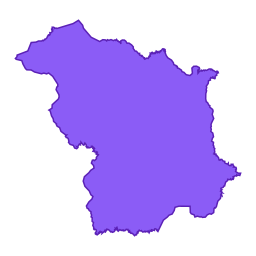 outline of Wanon Niwat, Sakon Nakhon, Thailand
{"feature_id": "78962969B40575496973623", "entity_name": "Wanon Niwat", "entity_type": "district", "adm_level": 2, "iso_a3": "THA", "parent_name": "Thailand", "parent_adm1": "Sakon Nakhon", "projection": "mercator", "projection_center": [103.753, 17.629], "detail": "fine", "context": "isolated", "style": "filled", "palette": "violet", "viewbox_px": 256, "rotation_deg": 0, "n_neighbors": 0, "source": "geoboundaries", "source_scale": "gbopen_adm2", "svg_char_len": 5761}
<svg xmlns="http://www.w3.org/2000/svg" viewBox="0 0 256 256"><path d="M216.9,71.2L215.9,72.0L213.2,70.3L212.8,70.5L212.1,69.5L211.0,69.8L211.0,69.0L209.1,69.0L206.6,70.4L205.1,70.0L204.6,70.7L203.6,70.1L202.1,71.0L201.6,70.3L201.1,70.9L199.2,70.9L199.3,71.5L198.0,73.2L197.8,70.3L198.3,69.5L199.7,69.1L199.2,67.5L196.6,66.2L193.7,66.3L191.9,68.1L192.4,73.0L192.0,73.8L190.0,75.5L186.2,74.7L183.9,72.3L182.0,71.7L181.4,70.1L178.6,68.2L177.5,68.1L177.3,66.4L176.4,66.5L176.2,65.6L173.8,64.6L173.4,62.8L171.5,60.1L167.8,57.8L166.2,55.5L164.9,52.0L165.4,51.7L165.1,50.4L164.4,50.6L164.8,49.8L164.1,49.9L164.4,49.2L163.8,48.8L163.4,49.1L164.0,49.6L162.5,48.9L160.6,51.5L160.2,50.9L159.8,51.3L159.1,52.6L158.5,52.0L157.7,52.5L157.8,51.7L157.1,52.0L157.3,51.6L156.2,51.0L155.4,53.2L154.8,52.7L154.3,53.5L153.4,53.0L153.0,53.6L152.3,52.3L151.7,52.5L151.9,53.1L150.2,53.2L150.8,54.2L150.0,54.7L150.3,56.2L149.9,56.4L149.5,55.9L148.9,56.4L149.0,57.2L148.1,58.5L147.0,58.0L144.8,59.2L144.1,58.5L144.4,57.7L143.6,57.6L142.4,56.1L141.6,56.3L141.8,55.5L139.7,55.1L139.6,53.4L138.6,53.7L136.4,51.2L135.2,51.2L133.2,48.4L133.3,46.9L131.6,44.9L129.0,43.1L127.0,43.2L125.8,41.2L124.4,40.1L122.3,40.0L120.8,40.9L120.8,44.0L120.2,41.6L119.2,42.1L118.4,41.0L117.6,41.1L116.6,39.4L115.7,40.4L115.0,39.9L113.4,40.6L111.0,39.6L108.9,40.3L107.4,39.7L106.7,40.9L105.3,39.9L102.8,39.7L99.7,41.5L91.2,37.3L83.5,28.3L82.6,25.2L78.5,20.3L73.1,23.6L56.9,28.5L56.4,28.1L54.7,28.4L54.8,27.9L53.6,27.2L52.2,27.2L52.3,28.7L51.6,29.0L51.7,29.9L52.6,29.7L52.7,31.1L50.8,32.9L49.9,32.7L50.1,34.6L48.7,34.8L49.0,35.4L47.7,35.9L46.9,37.9L45.0,39.6L44.7,39.3L43.4,40.7L42.5,40.3L41.8,41.0L38.5,41.0L36.1,42.1L31.2,42.5L27.8,51.0L17.1,55.1L17.0,56.7L15.4,58.5L16.2,59.3L21.8,60.6L23.0,64.1L25.4,68.5L26.7,69.8L31.2,70.0L34.5,72.0L41.5,73.8L43.9,73.1L46.6,73.9L48.6,73.0L52.7,76.3L57.8,84.3L57.7,86.5L56.8,87.0L56.1,89.7L58.9,94.7L59.1,97.0L58.3,99.1L52.2,104.7L52.0,108.2L48.9,110.1L50.2,111.0L51.5,115.8L53.2,118.7L53.6,121.4L56.5,123.9L56.2,124.3L57.1,126.2L59.6,127.6L61.0,131.4L65.8,135.0L66.6,135.0L65.4,136.2L66.3,137.6L67.3,137.7L68.2,138.6L68.9,141.4L68.5,142.3L70.1,144.4L73.4,145.4L74.6,148.0L76.7,148.7L77.9,147.5L77.0,146.6L77.8,146.7L79.2,144.3L80.1,144.7L79.8,143.9L81.0,143.6L81.0,142.2L83.4,145.1L84.1,145.0L84.9,143.1L86.1,144.6L86.4,146.4L87.3,146.4L86.7,146.7L87.4,146.9L86.8,147.3L87.0,147.8L89.7,147.8L91.8,147.0L91.6,146.3L92.4,146.3L93.1,147.2L92.9,148.0L93.8,147.6L94.5,148.5L93.5,149.2L93.9,149.8L93.1,151.2L94.5,151.0L94.4,151.8L96.5,152.4L96.8,151.8L97.3,152.2L96.4,153.2L97.7,154.2L96.6,154.3L98.0,155.2L96.3,157.4L96.5,158.7L94.5,160.6L93.5,160.0L92.4,160.2L91.4,163.1L93.6,165.6L94.0,168.1L90.6,170.4L88.9,172.7L84.4,176.7L83.2,181.1L84.9,186.3L89.3,191.0L90.9,194.8L92.9,196.4L91.9,199.1L88.9,201.9L86.4,206.0L87.2,208.4L88.3,208.7L89.2,210.5L91.0,211.8L90.9,213.3L91.6,215.0L91.1,216.9L92.2,217.6L92.1,221.3L93.5,222.6L92.8,225.4L93.7,227.3L93.7,229.0L94.2,229.6L94.6,229.1L96.0,229.7L96.5,231.2L95.3,232.9L95.4,233.9L96.1,234.4L96.6,233.9L97.2,234.8L99.5,233.1L98.7,232.7L100.0,231.4L100.6,232.4L101.7,231.8L102.3,232.6L102.1,233.3L104.2,231.5L105.3,232.1L106.1,230.9L105.6,230.3L105.1,230.8L104.9,230.3L106.8,229.9L106.7,228.5L107.2,229.8L108.5,229.6L110.9,232.0L111.6,231.6L112.4,232.3L113.9,231.8L115.0,230.5L114.7,229.7L115.7,229.5L115.5,228.8L116.1,229.3L115.9,228.2L116.9,227.3L117.8,229.9L117.2,230.1L118.2,231.2L119.9,229.6L121.2,230.5L122.2,230.0L123.0,230.7L123.7,230.1L124.0,230.8L125.1,230.6L126.2,229.3L126.8,229.7L127.8,229.4L128.0,230.3L128.6,230.3L128.6,231.4L129.4,231.0L129.2,232.3L130.0,232.5L129.7,232.9L130.6,232.3L130.9,233.3L132.4,233.4L134.6,235.7L135.9,234.5L136.5,234.8L137.3,232.3L137.7,233.1L138.1,232.9L138.0,232.1L139.2,230.2L140.1,231.0L141.9,230.4L141.4,230.9L142.9,232.1L144.9,231.2L145.2,232.0L146.8,231.4L147.3,231.8L148.1,231.0L149.1,232.8L150.2,230.4L151.2,231.2L152.0,231.1L151.8,229.8L154.5,230.5L154.6,229.0L155.1,228.7L157.0,229.6L156.8,230.4L157.9,231.5L163.4,220.1L167.3,217.1L169.0,215.2L172.2,214.0L174.2,210.5L175.0,207.3L178.9,206.2L190.1,206.3L190.3,212.4L191.3,213.8L194.1,214.8L194.9,217.0L197.4,216.2L200.2,217.0L201.1,216.6L202.4,217.4L205.4,217.1L207.3,214.8L209.6,213.7L211.3,214.2L213.7,212.6L214.0,208.8L214.6,207.7L215.4,208.0L216.4,206.6L217.8,201.2L220.4,198.5L221.1,195.1L221.9,195.7L221.7,194.9L220.8,194.7L221.8,192.7L222.3,192.8L220.8,191.4L221.5,191.2L221.0,190.4L221.8,189.8L221.2,189.6L220.9,188.3L223.2,187.3L223.9,186.0L224.6,186.0L225.6,182.2L227.7,180.5L227.7,179.3L230.1,179.7L230.6,178.9L231.3,179.8L232.4,178.8L232.3,179.4L233.2,179.4L233.8,177.8L233.1,176.8L235.3,175.8L236.4,176.0L236.6,175.3L236.8,175.8L238.0,175.1L239.8,175.5L240.6,173.2L238.3,173.2L235.6,171.5L236.1,170.1L235.7,169.6L236.4,169.0L236.0,167.4L233.5,167.0L234.0,166.3L233.0,165.1L233.0,164.3L231.1,164.3L231.0,165.6L229.6,165.6L228.4,164.8L228.3,163.2L227.6,164.1L225.4,163.3L224.6,162.6L224.8,161.4L222.9,160.9L221.8,159.4L220.6,159.4L220.0,160.2L219.1,160.0L218.5,157.6L216.8,155.5L216.3,155.7L216.0,154.2L215.2,154.5L213.9,153.9L214.7,153.3L214.3,152.7L214.8,152.0L214.4,149.8L214.8,148.6L213.7,147.4L213.9,146.1L213.2,145.3L213.5,142.3L211.6,141.2L212.5,138.1L213.5,136.8L212.8,133.1L210.8,131.4L211.3,129.4L210.7,127.3L211.3,126.6L211.0,124.7L211.6,122.8L213.7,118.5L212.2,114.4L213.1,111.1L212.6,109.4L209.7,107.1L209.9,105.7L208.9,105.2L207.5,102.5L206.3,101.8L205.7,98.9L205.8,93.6L206.6,90.7L206.1,90.0L206.7,87.5L206.3,86.2L208.2,83.5L208.5,80.7L210.4,80.1L210.2,78.8L210.7,77.8L211.1,78.2L212.4,77.2L212.6,77.8L213.1,77.4L213.3,78.2L214.8,78.7L215.3,77.9L214.9,77.2L215.3,76.1L216.7,75.3L216.4,74.8L217.4,72.9L218.3,72.8L217.9,71.7L217.1,71.8L216.9,71.2Z" fill="#8b5cf6" stroke="#5b21b6" stroke-width="1.5"/></svg>